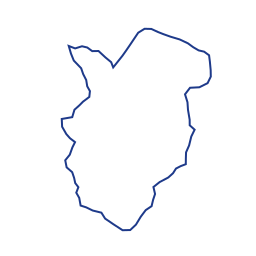 Embu das Artes, São Paulo, Brazil, rotated 280°
{"feature_id": "56859067B44512508198046", "entity_name": "Embu das Artes", "entity_type": "district", "adm_level": 2, "iso_a3": "BRA", "parent_name": "Brazil", "parent_adm1": "São Paulo", "projection": "robinson", "projection_center": [-46.849, -23.649], "detail": "fine", "context": "isolated", "style": "outline", "palette": "blue", "viewbox_px": 256, "rotation_deg": 280, "n_neighbors": 0, "source": "geoboundaries", "source_scale": "gbopen_adm2", "svg_char_len": 1192}
<svg xmlns="http://www.w3.org/2000/svg" viewBox="0 0 256 256"><g transform="rotate(280 128 128)"><path d="M67.7,166.1L74.3,163.3L80.3,168.6L86.2,176.2L91.3,180.2L96.4,182.3L99.6,186.5L102.4,191.2L107.8,190.3L114.1,189.4L121.4,191.2L130.6,191.8L137.9,193.9L141.4,188.3L146.8,187.3L151.6,185.6L156.4,183.9L163.7,182.1L171.1,178.3L178.4,182.1L180.5,191.2L186.0,198.6L193.0,200.6L199.2,199.4L207.6,197.1L213.7,195.2L216.4,189.7L216.7,184.1L218.9,178.2L221.8,172.3L224.2,163.5L225.3,154.1L226.6,146.4L227.8,140.6L229.6,133.8L228.6,127.1L223.6,121.5L216.4,118.3L210.3,115.6L203.7,112.6L198.2,110.0L185.1,102.9L189.9,100.0L193.6,93.5L198.7,85.6L197.5,79.4L200.2,73.9L200.5,68.5L197.2,62.1L198.5,55.4L191.4,58.9L185.0,62.9L178.7,71.5L173.3,74.5L168.0,78.5L162.0,80.6L157.7,84.1L151.9,84.5L146.1,79.1L141.9,76.2L136.7,72.1L129.0,71.2L125.4,61.2L117.8,62.9L111.3,68.3L107.8,72.7L104.9,78.3L99.2,76.6L91.6,75.3L85.3,71.8L78.6,74.4L74.8,80.7L69.5,83.6L64.6,85.6L61.1,89.4L55.3,88.3L50.7,92.1L43.4,94.8L42.6,100.6L40.6,107.6L40.0,116.5L34.8,121.2L30.7,130.3L26.4,140.4L27.9,147.9L34.2,152.6L42.9,156.0L50.2,159.7L55.1,164.8L61.7,165.2L67.7,166.1Z" fill="none" stroke="#1e3a8a" stroke-width="2"/></g></svg>